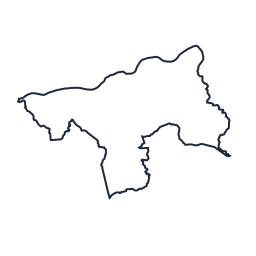 Miracema do Tocantins, Tocantins, Brazil (Robinson projection), rotated 256°
{"feature_id": "56859067B23142311952787", "entity_name": "Miracema do Tocantins", "entity_type": "district", "adm_level": 2, "iso_a3": "BRA", "parent_name": "Brazil", "parent_adm1": "Tocantins", "projection": "robinson", "projection_center": [-48.568, -9.714], "detail": "fine", "context": "isolated", "style": "outline", "palette": "slate", "viewbox_px": 256, "rotation_deg": 256, "n_neighbors": 0, "source": "geoboundaries", "source_scale": "gbopen_adm2", "svg_char_len": 5880}
<svg xmlns="http://www.w3.org/2000/svg" viewBox="0 0 256 256"><g transform="rotate(256 128 128)"><path d="M76.3,218.9L76.5,219.9L77.0,219.3L77.8,218.9L78.5,218.8L78.9,217.7L79.4,216.9L80.5,217.2L81.4,217.3L81.9,216.5L82.9,214.4L83.5,213.5L84.7,213.0L85.7,212.3L86.3,211.4L87.2,211.2L90.0,212.1L91.3,212.9L91.9,213.4L92.6,213.4L93.3,212.9L95.1,212.9L95.9,214.0L96.8,214.0L97.4,214.9L98.4,215.3L98.8,216.3L99.0,217.2L98.4,218.0L98.7,219.9L100.0,220.7L100.6,221.6L101.4,222.5L102.2,223.1L102.9,224.2L103.3,225.6L104.3,226.1L105.2,226.3L106.3,226.7L108.4,227.1L109.2,227.4L110.7,228.3L112.5,228.1L113.2,227.1L114.2,227.0L115.0,226.4L115.6,225.7L116.5,226.3L117.9,226.3L118.9,226.1L119.6,225.4L119.7,224.2L119.9,223.3L120.7,223.4L121.3,223.8L121.8,224.6L122.6,224.7L123.6,221.7L124.2,221.1L124.9,220.7L125.4,221.3L126.2,221.5L126.9,221.3L127.7,220.8L128.7,220.4L128.7,219.1L128.8,217.6L129.6,216.8L129.5,216.0L130.6,216.2L131.5,215.5L132.0,214.9L132.3,214.0L132.3,213.2L132.9,212.7L133.4,212.1L133.5,211.0L134.3,211.2L135.2,211.2L137.0,213.8L137.7,214.5L139.3,214.9L141.6,214.1L142.4,213.7L143.1,213.6L144.5,214.2L145.2,214.4L145.9,214.2L146.3,213.6L147.0,213.1L148.1,214.7L148.6,215.2L149.3,215.7L150.2,215.6L150.8,214.9L151.7,214.9L152.4,214.2L152.5,213.2L153.3,212.6L155.4,211.7L156.2,211.6L157.0,211.7L157.8,212.2L158.7,212.4L159.5,212.7L160.3,212.4L160.6,210.7L161.2,210.1L162.6,209.2L163.5,209.1L164.2,209.5L166.3,209.0L167.7,210.2L168.7,210.6L169.6,210.6L170.4,211.3L171.4,212.0L172.1,212.7L173.3,214.3L174.9,216.2L176.2,217.4L176.9,217.8L178.0,218.1L179.2,218.3L183.5,218.3L184.3,218.4L185.9,217.5L187.7,216.8L189.7,215.8L190.6,215.2L191.3,214.0L191.4,213.1L191.4,211.4L190.4,206.2L189.8,204.1L187.4,197.5L186.7,195.9L186.0,194.9L185.2,194.2L183.8,192.5L182.7,190.6L182.0,188.4L181.9,187.3L182.0,185.3L182.5,184.1L183.0,181.9L183.9,179.9L185.1,177.9L185.8,177.3L187.4,176.2L188.9,174.8L189.7,173.6L190.2,172.7L190.4,171.6L190.5,170.3L191.1,164.2L191.1,162.8L190.7,158.8L190.5,158.0L190.2,157.2L189.4,155.9L185.2,151.6L181.7,149.2L181.1,148.6L180.5,147.4L180.0,145.1L180.1,143.9L180.9,140.0L181.3,139.1L183.3,137.5L184.0,136.6L184.1,135.6L184.2,133.8L184.4,131.4L184.3,130.2L183.9,129.1L183.6,128.4L183.4,127.3L183.4,126.6L183.4,123.1L182.8,122.3L182.4,119.8L181.7,118.1L180.8,117.3L179.7,116.7L179.0,115.9L177.6,112.9L175.8,110.1L174.8,108.3L174.2,106.2L173.9,103.6L173.9,102.7L174.1,101.6L175.0,98.4L175.8,96.5L178.3,91.4L179.3,88.6L180.6,82.8L180.9,79.9L181.5,76.9L181.9,69.7L181.9,66.9L181.6,62.9L181.6,60.7L181.5,59.7L180.5,55.6L180.5,54.4L180.7,53.5L181.4,51.8L181.9,51.0L184.2,46.1L184.9,43.3L185.0,41.9L184.4,37.8L184.0,36.5L182.9,34.2L182.7,33.2L182.6,32.3L182.7,29.2L181.6,29.0L180.3,27.7L179.8,28.4L179.3,29.2L179.5,31.5L180.0,32.1L180.1,32.9L179.6,34.0L178.7,34.2L177.9,34.3L176.9,34.1L175.7,34.0L174.8,33.6L174.1,34.0L173.2,33.9L172.6,33.0L171.9,33.5L170.8,34.1L169.9,34.0L169.1,34.3L168.5,35.1L168.2,35.8L167.5,36.5L166.7,36.8L164.6,38.5L163.8,38.8L162.3,39.2L161.4,39.0L160.6,39.0L160.0,38.5L158.5,38.8L158.0,40.0L157.3,40.8L155.5,41.4L154.5,41.5L152.6,42.3L152.0,42.8L151.5,43.3L150.7,43.8L150.5,44.7L150.8,46.4L150.4,47.2L148.6,48.3L147.9,49.0L146.9,50.8L146.1,51.7L142.4,50.3L141.6,51.0L140.9,51.1L137.7,50.5L135.0,50.2L134.3,53.7L133.4,59.2L133.3,60.5L133.7,61.5L134.5,62.2L136.5,63.4L136.7,64.3L137.4,65.0L138.6,65.4L139.3,66.0L139.9,68.2L139.3,69.0L139.9,70.6L140.7,70.6L141.4,70.0L142.2,69.7L142.8,70.1L143.3,70.7L144.2,71.1L144.0,72.2L145.2,72.7L145.6,71.9L146.3,71.9L147.0,72.2L147.7,72.4L147.8,73.2L148.3,73.7L148.5,74.7L149.7,75.6L149.3,76.4L148.3,76.2L147.5,76.9L146.8,77.3L146.1,77.5L145.4,77.5L144.8,78.0L142.4,79.5L140.7,81.3L139.9,81.8L139.3,82.1L137.7,82.2L136.6,82.5L136.7,83.5L136.3,84.7L135.9,85.6L134.6,87.1L133.1,87.7L123.6,95.3L122.4,95.7L121.7,95.2L120.8,95.0L119.9,95.5L118.7,95.6L118.1,95.0L117.4,95.3L116.6,95.5L116.1,96.2L116.3,97.3L115.1,99.0L115.0,100.1L113.8,100.4L112.9,101.2L112.0,101.3L109.8,100.7L108.7,100.7L108.0,99.8L107.3,99.3L106.6,99.5L106.1,98.8L105.0,98.2L104.0,97.9L103.3,96.5L102.3,95.4L100.6,94.7L100.1,94.1L99.4,93.5L98.5,93.0L97.6,93.3L96.8,93.7L95.7,93.4L70.8,93.1L64.6,93.2L65.0,94.1L65.8,94.7L66.6,95.6L67.9,99.2L68.2,100.6L68.0,102.7L67.6,103.6L66.8,104.3L66.7,105.1L67.3,105.7L67.6,106.5L67.3,107.4L67.3,108.2L67.2,110.2L67.3,111.0L68.7,111.4L68.8,112.7L68.1,115.5L68.0,117.2L67.6,118.0L67.0,118.6L66.4,119.0L65.7,119.7L65.4,120.8L65.3,121.6L65.5,122.5L66.1,123.6L66.3,124.8L65.8,125.6L65.6,126.4L66.1,127.4L66.5,129.5L67.1,130.9L67.3,132.0L68.3,132.6L69.1,132.6L69.9,134.0L70.8,134.3L71.6,135.1L74.4,136.3L76.0,136.5L77.1,137.7L77.8,137.4L78.2,136.8L78.2,135.8L78.8,135.2L79.4,135.7L79.9,134.8L80.8,134.3L81.6,134.3L82.1,135.8L82.7,136.7L83.8,136.7L84.2,136.0L84.8,135.3L85.7,135.0L86.7,135.3L88.2,134.5L89.0,133.8L89.7,133.6L91.4,134.6L92.3,134.2L92.8,133.5L93.5,133.3L93.8,134.4L93.4,135.2L93.1,136.2L92.4,137.4L92.1,138.6L92.7,139.4L93.0,140.2L93.7,140.6L95.3,140.7L97.1,139.9L98.1,140.2L98.9,140.7L100.1,141.9L100.7,142.2L101.7,142.2L102.8,142.5L103.8,142.6L104.2,140.6L105.2,135.7L105.6,134.7L106.3,134.0L106.8,135.7L107.6,137.2L108.6,137.5L109.0,138.3L109.2,139.5L109.5,140.3L116.3,139.8L115.7,140.9L115.4,142.1L115.5,144.9L115.0,146.6L115.2,147.7L115.8,148.2L116.2,149.1L116.0,150.1L116.8,151.4L117.4,152.0L118.2,154.0L118.1,154.8L118.2,155.7L118.9,156.1L119.3,156.8L120.0,157.5L120.4,158.4L121.2,159.3L122.4,168.7L122.3,169.5L121.9,170.2L121.3,170.6L120.8,171.1L120.7,172.8L120.0,173.5L119.5,174.5L119.2,175.5L118.6,176.4L116.8,177.3L116.0,177.8L114.4,177.6L109.8,175.5L109.1,175.4L107.4,175.6L105.8,175.3L104.9,175.4L104.3,175.8L103.6,176.5L102.0,177.5L100.5,177.8L99.7,178.7L97.9,179.5L97.6,180.8L97.0,184.9L96.7,185.6L94.7,189.7L94.5,190.5L94.8,194.7L94.7,195.6L94.4,196.4L89.7,205.2L88.5,207.3L87.9,207.9L78.0,216.3L77.2,217.1L76.3,218.9Z" fill="none" stroke="#1e293b" stroke-width="2"/></g></svg>